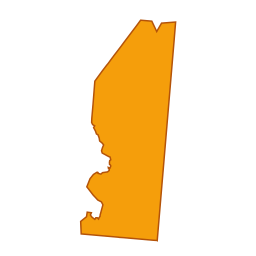 outline of Marion, Texas, United States of America, rotated 95°
{"feature_id": "52423323B1637569116072", "entity_name": "Marion", "entity_type": "district", "adm_level": 2, "iso_a3": "USA", "parent_name": "United States of America", "parent_adm1": "Texas", "projection": "natural_earth1", "projection_center": [-94.29, 32.785], "detail": "fine", "context": "isolated", "style": "filled", "palette": "amber", "viewbox_px": 256, "rotation_deg": 95, "n_neighbors": 0, "source": "geoboundaries", "source_scale": "gbopen_adm2", "svg_char_len": 1283}
<svg xmlns="http://www.w3.org/2000/svg" viewBox="0 0 256 256"><g transform="rotate(95 128 128)"><path d="M18.3,89.8L20.6,103.7L29.4,107.8L19.5,113.6L19.5,124.8L19.8,125.0L25.4,128.4L30.3,131.5L42.6,139.2L47.5,142.2L56.6,148.0L62.1,151.4L65.6,153.5L67.3,154.7L73.6,158.7L84.2,165.1L86.7,165.1L95.9,165.0L107.4,164.9L121.6,164.9L125.7,164.7L127.7,163.5L128.8,161.4L130.6,162.3L133.8,160.2L136.7,158.9L137.3,157.4L140.3,155.9L143.4,155.1L145.2,152.5L147.0,150.8L149.7,151.7L153.0,152.4L155.2,151.5L156.5,148.4L157.2,146.9L158.2,144.5L158.5,143.3L161.2,142.4L162.1,143.4L164.0,143.5L165.9,143.2L166.2,142.5L166.5,142.3L166.8,142.0L167.8,141.9L168.6,142.2L169.5,142.5L169.2,143.6L169.0,144.2L170.1,143.9L170.1,143.1L171.9,143.0L173.5,144.5L174.7,149.5L176.3,151.0L175.8,153.9L175.3,153.8L174.8,154.3L174.8,155.1L177.3,158.4L181.8,161.4L190.2,163.9L197.9,156.8L202.4,151.8L203.9,148.1L206.7,146.3L212.2,147.3L215.1,147.8L216.6,148.1L218.6,148.2L220.1,149.2L221.2,149.4L220.1,150.8L220.2,152.2L221.9,153.1L220.0,156.1L218.0,157.9L215.6,157.1L215.4,161.3L220.0,161.6L225.2,167.0L237.6,165.4L237.6,135.0L237.6,131.4L237.6,129.9L237.6,127.9L237.7,127.2L237.6,123.0L237.6,92.9L237.5,89.3L237.6,89.1L235.1,89.1L35.5,89.7L18.3,89.8Z" fill="#f59e0b" stroke="#b45309" stroke-width="1.5"/></g></svg>